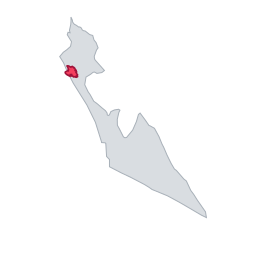 Haifa, Haifa, Israel (highlighted), rotated 315°
{"feature_id": "584046B37321511847561", "entity_name": "Haifa", "entity_type": "district", "adm_level": 2, "iso_a3": "ISR", "parent_name": "Israel", "parent_adm1": "Haifa", "projection": "natural_earth1", "projection_center": [35.062, 32.763], "detail": "fine", "context": "in_parent", "style": "filled", "palette": "rose", "viewbox_px": 256, "rotation_deg": 315, "n_neighbors": 0, "source": "geoboundaries", "source_scale": "gbopen_adm2", "svg_char_len": 3654}
<svg xmlns="http://www.w3.org/2000/svg" viewBox="0 0 256 256"><g transform="rotate(315 128 128)"><path d="M166.1,9.2L164.9,12.4L163.7,14.1L163.4,16.7L164.1,18.8L164.5,21.7L165.4,22.5L165.7,24.4L165.0,26.2L165.3,27.7L166.3,29.1L167.0,34.9L168.5,37.6L166.2,41.7L165.8,45.1L163.5,50.2L160.9,50.6L154.9,53.4L154.1,54.3L153.0,55.9L152.8,57.2L152.0,70.7L148.7,70.3L144.6,67.4L143.9,64.8L142.7,63.9L139.8,63.6L134.3,62.3L128.0,66.8L125.4,74.2L124.8,77.6L122.7,84.9L123.4,89.3L123.8,95.1L124.3,99.8L123.8,102.6L122.6,104.1L122.9,105.2L124.0,105.6L127.5,104.3L131.1,105.6L134.6,108.1L134.9,109.7L132.4,110.6L126.5,114.3L122.4,118.6L121.3,122.5L118.5,131.0L118.9,132.7L120.3,133.7L129.8,132.8L138.5,129.4L145.0,125.8L147.1,126.0L145.7,135.3L144.6,141.0L145.1,142.0L146.5,146.9L143.8,156.0L140.7,163.4L139.6,166.9L136.5,174.6L133.4,183.7L131.8,189.9L132.2,192.1L131.4,203.5L131.8,206.7L128.2,216.6L127.5,221.5L126.0,228.1L123.5,242.1L120.1,246.8L118.3,241.6L114.4,226.6L111.7,216.4L107.9,203.7L101.5,188.4L100.9,184.7L99.6,179.3L95.2,165.3L91.6,155.2L87.5,142.3L92.6,137.2L92.7,133.0L101.4,123.2L101.3,122.2L99.0,119.6L99.4,119.2L109.0,100.9L115.2,82.7L121.0,57.5L125.1,44.7L128.6,36.2L130.2,29.2L135.8,28.7L140.0,29.4L145.0,29.7L149.1,27.0L151.0,19.1L153.3,17.9L154.4,19.7L155.6,17.6L160.9,14.2L163.5,11.9L166.1,9.2Z" fill="#d9dde1" stroke="#a8b0b8" stroke-width="1"/><path d="M127.3,55.6L127.5,55.5L127.9,55.6L128.0,55.8L128.2,56.0L128.4,56.1L128.5,56.1L128.8,55.9L128.7,55.7L128.7,55.4L128.7,55.2L128.4,54.9L128.1,54.8L127.9,54.8L127.9,54.6L128.0,54.6L128.3,54.8L128.5,54.8L128.6,55.0L128.9,55.1L129.0,55.1L129.3,55.0L129.4,54.9L129.7,54.8L129.9,54.8L129.9,54.7L129.9,54.4L129.9,54.1L130.0,53.8L130.1,53.7L130.2,53.3L130.3,53.2L130.4,52.8L130.4,52.5L130.4,52.3L130.5,52.0L130.8,52.2L131.1,52.2L131.3,52.1L131.5,51.8L131.4,51.3L131.5,51.2L131.8,50.9L132.0,50.8L132.0,50.6L132.1,50.4L131.9,50.3L131.7,50.3L131.4,50.3L131.3,50.1L131.6,50.1L131.8,50.0L131.9,49.9L131.9,49.7L132.0,49.3L132.1,49.1L132.3,49.1L132.4,48.6L132.5,48.2L132.7,47.9L132.7,47.7L132.4,47.4L132.3,47.2L132.2,47.1L132.3,47.0L132.4,46.9L132.5,46.8L132.6,46.7L132.5,46.4L132.5,46.2L132.4,46.0L132.3,45.9L132.2,45.9L132.2,45.7L132.1,45.2L132.1,44.9L131.9,44.9L131.7,44.9L131.3,44.7L131.2,44.6L130.9,44.4L130.6,44.4L130.5,44.5L130.4,44.3L130.4,44.2L130.4,43.9L130.4,43.7L130.2,43.5L130.2,43.2L130.2,42.8L130.1,42.7L130.0,42.4L129.9,42.2L129.8,41.9L129.7,41.8L129.5,41.7L129.4,41.4L129.2,41.2L128.7,41.0L128.5,41.5L128.5,41.9L128.4,42.0L128.3,42.7L128.2,42.8L128.0,43.3L127.9,43.5L127.7,43.7L127.6,43.8L127.3,43.9L127.2,44.1L127.2,44.3L127.3,44.6L127.1,44.8L126.9,44.9L126.8,45.0L126.6,45.1L126.4,45.1L126.2,45.3L126.1,45.1L126.1,44.9L126.1,44.7L125.8,44.7L125.4,44.7L125.0,44.7L124.8,44.6L124.6,44.4L124.3,44.2L123.8,44.2L123.6,44.1L123.4,44.0L123.0,44.1L122.9,44.3L122.7,44.5L122.4,45.0L122.4,45.6L122.4,45.9L122.4,46.7L122.4,46.9L122.5,47.2L122.7,47.3L122.7,47.6L122.7,47.8L122.9,47.8L123.0,47.9L123.0,48.0L123.1,48.4L123.0,48.6L123.0,48.9L123.0,49.1L123.3,49.3L123.5,49.4L123.6,49.5L123.5,49.9L123.5,50.2L123.5,50.4L123.6,50.6L123.9,50.4L124.0,50.3L124.0,50.1L124.3,49.9L124.5,49.9L124.8,49.7L124.8,49.4L125.0,49.3L125.2,49.6L125.3,49.8L125.3,50.0L125.5,50.3L125.9,50.3L126.0,50.2L126.1,50.3L126.0,50.5L125.8,50.7L125.7,50.7L125.5,50.8L125.4,50.9L125.2,50.9L125.0,51.0L124.9,51.3L124.9,51.6L125.0,51.8L125.3,51.9L125.6,52.0L125.7,52.5L125.8,52.7L125.8,52.9L125.7,53.0L125.5,53.3L125.7,53.5L125.8,53.7L126.0,53.8L126.3,54.0L126.5,54.0L126.7,54.3L126.7,54.5L126.8,54.6L126.9,54.8L126.9,55.0L127.1,55.1L127.2,55.3L127.2,55.5L127.3,55.6Z" fill="#f43f5e" stroke="#9f1239" stroke-width="1.5"/></g></svg>